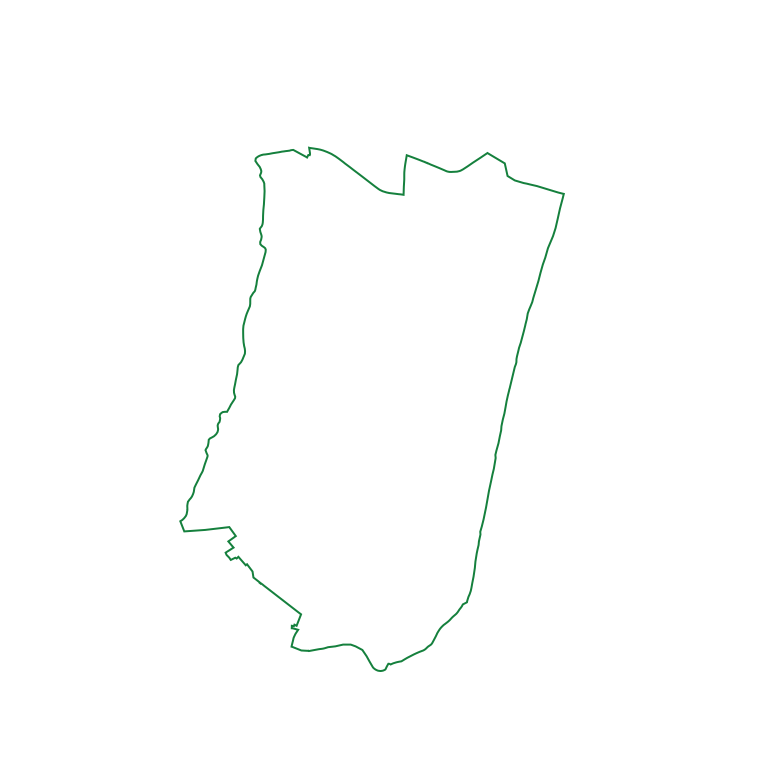 outline of Deir Al Balah, Gaza Strip, Palestine, rotated 155°
{"feature_id": "87354302B22339434669936", "entity_name": "Deir Al Balah", "entity_type": "district", "adm_level": 2, "iso_a3": "PSE", "parent_name": "Palestine", "parent_adm1": "Gaza Strip", "projection": "equal_earth", "projection_center": [34.378, 31.42], "detail": "fine", "context": "isolated", "style": "outline", "palette": "green", "viewbox_px": 768, "rotation_deg": 155, "n_neighbors": 0, "source": "geoboundaries", "source_scale": "gbopen_adm2", "svg_char_len": 6154}
<svg xmlns="http://www.w3.org/2000/svg" viewBox="0 0 768 768"><g transform="rotate(155 384 384)"><path d="M401.1,151.1L400.2,152.3L397.4,155.4L395.2,157.3L392.8,159.8L390.9,162.3L388.1,166.3L384.3,171.5L379.4,178.9L376.2,184.4L371.4,191.5L369.0,194.7L366.3,198.1L364.5,201.2L361.9,204.6L360.2,206.8L359.2,209.4L355.6,213.5L350.9,219.3L343.6,229.1L334.0,242.8L328.0,250.7L323.9,256.2L320.3,260.7L314.1,269.7L313.0,272.7L310.2,276.2L305.3,281.9L301.0,287.8L297.4,292.5L295.4,296.1L291.3,301.6L287.4,306.3L283.5,311.8L280.3,316.4L276.7,321.1L273.3,325.3L272.5,326.4L272.1,326.7L271.5,327.5L266.1,334.3L261.0,340.7L258.3,344.1L256.1,346.2L254.8,347.8L253.4,350.6L251.9,352.7L247.4,358.3L246.5,359.5L242.7,363.5L234.9,372.8L230.9,377.8L230.8,378.0L230.4,378.5L227.2,382.4L223.9,387.2L220.8,390.3L217.8,393.0L215.0,395.6L212.3,398.9L207.1,404.7L200.5,412.1L195.2,418.6L189.6,425.1L184.4,430.4L178.0,437.8L168.3,446.6L162.6,452.8L156.9,460.1L150.3,468.7L143.7,476.6L140.7,480.3L142.0,481.3L145.3,484.0L160.9,498.0L161.8,498.8L167.3,503.1L169.9,505.2L172.5,507.1L179.4,513.2L184.1,520.3L181.3,532.9L192.5,549.4L192.6,549.6L195.2,549.2L200.9,548.3L209.9,547.0L216.3,545.9L222.0,545.1L222.7,545.1L223.4,545.0L224.1,545.0L224.9,545.0L225.6,545.1L226.3,545.2L227.0,545.4L227.8,545.5L228.8,545.9L229.1,546.0L233.5,547.8L234.6,548.3L235.7,549.0L236.6,549.7L237.0,550.0L238.3,551.4L238.6,551.8L242.7,556.4L246.2,560.2L249.0,563.2L251.2,565.8L251.3,565.7L253.0,567.6L252.9,567.6L253.6,568.4L254.4,569.1L257.7,572.6L262.1,577.1L266.4,581.4L266.7,581.7L268.2,579.5L270.3,576.5L271.8,574.3L273.3,572.0L274.9,569.4L275.4,568.5L276.0,567.5L276.9,565.7L279.2,560.8L282.6,554.5L286.3,547.2L288.4,548.6L289.4,549.2L290.6,549.9L292.8,551.3L298.6,554.9L299.5,555.6L300.2,556.1L301.4,557.1L301.8,557.5L302.8,558.4L303.5,559.0L304.3,559.9L305.1,560.9L305.7,561.6L306.1,562.3L306.5,562.9L308.9,567.3L316.3,581.6L321.1,590.7L323.3,595.0L326.3,600.6L326.9,601.9L329.7,607.2L331.7,610.7L332.3,611.6L332.8,612.3L334.2,614.4L334.9,615.3L337.4,618.2L340.2,621.1L341.2,622.0L342.7,623.3L343.5,623.9L345.0,625.0L347.7,626.8L351.5,629.3L352.0,629.7L353.6,624.3L353.8,624.0L353.9,623.6L354.1,623.3L354.3,623.1L354.6,622.8L355.8,623.5L358.0,621.8L358.5,622.6L367.3,634.5L368.5,634.9L369.5,635.2L371.0,635.4L371.9,635.7L372.6,635.9L375.0,636.7L376.4,637.1L378.2,637.7L381.1,638.4L384.9,639.5L387.3,640.2L390.9,641.1L392.2,641.5L394.2,642.1L395.6,642.6L396.7,643.0L397.6,643.1L398.2,643.3L398.8,643.3L400.1,643.4L401.5,643.4L402.8,643.2L404.1,642.9L404.9,642.6L406.3,640.5L405.7,636.6L404.9,633.3L404.9,630.8L405.2,628.8L406.1,627.4L408.2,625.5L408.5,623.7L407.8,621.1L407.6,618.2L407.8,616.2L408.4,614.9L410.7,609.3L413.5,603.9L417.0,597.4L419.8,592.7L422.5,587.6L424.3,583.9L425.7,581.4L426.7,580.0L428.2,578.6L429.7,577.9L431.0,577.1L431.8,574.1L432.1,571.3L432.4,569.7L433.0,568.6L434.4,566.7L435.4,565.8L436.2,565.0L437.0,563.0L436.4,561.1L434.8,558.4L434.3,557.2L434.4,555.7L435.6,553.6L444.4,543.2L449.1,538.7L452.4,535.3L454.3,532.9L455.9,530.7L457.6,528.0L459.5,525.6L460.8,523.8L461.9,522.7L464.0,521.8L468.0,519.2L469.1,517.9L470.3,515.4L471.4,513.1L472.8,511.0L476.4,507.8L478.7,505.7L480.6,503.7L482.4,501.6L484.5,499.0L486.7,496.3L488.5,493.2L490.2,489.5L492.1,485.2L493.7,481.0L494.7,477.5L495.2,475.0L496.0,472.6L497.3,470.2L502.0,465.9L504.3,464.2L506.2,463.4L508.0,462.7L509.5,460.9L510.7,458.8L513.0,455.0L516.4,450.5L519.1,446.7L521.3,443.8L522.6,441.9L523.6,439.5L524.0,437.3L524.2,435.4L525.0,434.1L526.9,432.8L531.3,430.1L534.1,427.9L536.5,426.2L538.0,425.1L540.1,426.1L542.1,426.7L543.4,426.5L545.3,425.9L546.6,424.1L546.9,422.3L547.8,420.8L549.1,419.1L550.4,418.5L551.5,417.7L552.4,416.5L553.0,414.6L553.4,413.2L554.1,412.1L555.3,410.7L557.4,409.4L560.1,408.5L562.5,408.3L564.8,408.2L566.4,407.5L567.8,405.1L568.9,403.5L570.1,402.0L571.4,401.1L572.6,400.4L573.7,399.5L574.0,396.4L574.0,394.0L574.3,393.3L575.0,392.4L575.6,391.8L580.4,386.9L584.9,381.9L586.1,380.9L589.0,378.8L593.2,375.3L596.9,372.4L599.6,370.2L602.0,366.6L603.6,364.9L605.6,363.2L607.5,362.1L609.0,361.5L610.3,360.7L611.4,360.2L612.9,358.1L613.8,356.7L614.6,354.8L615.2,353.4L615.4,353.3L615.7,352.5L617.9,349.4L619.4,348.1L621.9,346.8L624.3,346.0L626.6,345.7L627.3,334.8L607.7,327.3L591.4,321.9L584.7,319.7L582.6,308.8L591.6,307.1L589.5,299.3L598.8,298.1L598.9,297.0L598.9,296.0L598.9,295.5L598.8,295.2L598.7,294.9L598.3,293.9L598.1,293.2L597.8,292.5L597.6,291.7L597.5,291.0L597.3,289.7L597.2,289.3L592.2,289.4L591.3,288.1L589.0,288.9L585.9,278.1L584.3,278.5L582.4,269.6L584.1,263.8L580.4,256.5L580.7,256.3L580.2,255.3L579.9,255.5L579.2,254.3L578.8,253.6L578.1,252.1L558.0,213.1L556.5,210.3L565.4,201.8L566.9,203.7L568.0,202.6L569.7,203.8L570.8,201.6L569.9,201.1L569.2,200.5L568.6,200.0L565.7,197.5L568.8,195.6L569.5,195.2L570.9,194.1L572.2,193.0L572.9,192.4L573.3,192.0L573.7,191.5L574.3,190.7L578.7,185.2L578.8,185.0L578.5,184.8L571.5,177.4L565.9,174.4L565.4,174.3L565.3,174.0L565.1,173.8L564.9,173.7L555.2,171.2L554.2,170.9L552.4,170.3L551.0,169.9L549.6,169.6L545.9,169.1L539.0,166.8L531.2,165.1L524.3,161.9L520.6,158.2L516.0,152.1L514.8,144.6L514.4,138.7L513.8,132.1L513.7,131.7L513.6,131.2L513.2,130.3L513.0,129.9L512.5,129.0L512.0,128.3L511.4,127.6L511.0,127.1L510.3,126.5L509.5,126.0L508.9,125.6L508.1,125.2L507.1,124.9L506.3,124.7L505.6,124.6L504.9,124.6L503.9,124.6L503.2,124.8L500.8,126.8L498.3,128.6L497.8,128.4L497.3,128.0L496.9,127.6L496.5,127.0L494.4,127.0L493.2,126.9L491.0,126.6L489.8,126.4L487.6,125.9L485.4,125.3L481.8,125.7L478.7,126.0L476.2,126.1L473.7,126.2L471.1,126.3L468.4,126.3L464.8,126.2L460.9,125.9L459.8,126.0L459.1,126.1L458.6,126.2L457.6,126.5L456.2,127.0L454.9,127.4L453.6,127.6L452.3,127.8L451.8,127.9L451.1,128.1L450.7,128.3L450.2,128.6L449.8,128.8L448.2,130.0L446.6,131.2L443.7,133.4L441.9,134.9L441.1,135.6L439.8,136.5L438.7,137.2L437.1,138.2L435.7,138.9L434.8,139.3L433.2,139.9L431.7,140.4L430.6,140.6L428.3,141.1L427.0,141.4L426.2,141.6L424.3,142.2L421.9,143.2L420.9,143.6L420.0,143.9L419.0,144.2L416.8,144.8L415.5,145.2L414.4,145.7L413.4,146.2L411.0,147.7L408.8,148.8L407.4,149.6L405.7,150.9L401.1,151.1Z" fill="none" stroke="#15803d" stroke-width="2"/></g></svg>